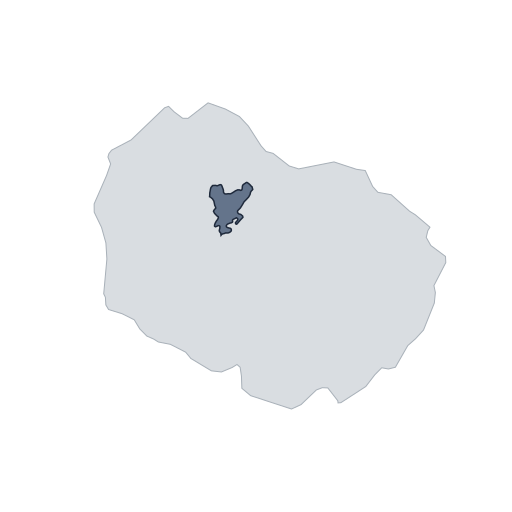 Negotino on a map of North Macedonia (orthographic projection), rotated 223°
{"feature_id": "MKD-2946", "entity_name": "Negotino", "entity_type": "Statistical Region", "adm_level": 1, "iso_a3": "MKD", "parent_name": "North Macedonia", "parent_adm1": "", "projection": "orthographic", "projection_center": [22.1, 41.501], "detail": "fine", "context": "in_parent", "style": "filled", "palette": "slate", "viewbox_px": 512, "rotation_deg": 223, "n_neighbors": 0, "source": "natural_earth", "source_scale": "10m", "svg_char_len": 2956}
<svg xmlns="http://www.w3.org/2000/svg" viewBox="0 0 512 512"><g transform="rotate(223 256 256)"><path d="M234.1,136.7L241.8,137.7L258.4,133.0L268.8,126.5L274.1,125.5L281.2,123.0L291.2,123.4L301.5,126.3L314.5,122.5L327.3,116.3L332.4,117.8L338.0,123.1L341.6,124.5L363.0,152.1L374.7,163.2L388.5,171.6L404.2,177.7L409.9,183.7L420.2,213.0L425.1,224.2L431.8,227.4L433.4,230.6L433.8,234.9L426.5,255.7L423.9,302.1L422.0,305.8L414.1,305.6L403.6,306.7L399.6,310.3L395.5,335.3L378.6,342.6L363.2,346.7L350.2,345.8L327.4,340.0L319.9,339.3L313.5,342.7L293.1,344.5L284.2,348.8L263.1,378.0L241.7,387.9L234.4,393.0L218.1,386.4L210.3,385.7L198.9,393.0L174.2,393.5L167.5,394.8L148.4,395.7L147.6,391.7L144.2,385.7L135.3,382.9L117.1,384.9L112.7,380.6L105.7,355.7L99.9,351.6L93.5,343.2L83.0,316.1L82.9,304.2L83.9,294.0L78.2,269.7L82.1,263.7L87.8,260.0L88.1,250.2L86.7,235.4L93.9,206.6L95.8,204.5L97.4,205.9L113.5,208.5L117.7,204.9L120.5,199.2L121.7,178.0L125.7,168.3L164.7,150.2L176.1,149.6L184.8,158.3L191.7,163.8L195.9,163.7L197.4,158.2L202.2,147.6L210.3,141.6L233.9,136.6L234.1,136.7Z" fill="#d9dde1" stroke="#a8b0b8" stroke-width="1"/><path d="M291.9,275.3L292.0,271.9L291.8,268.0L291.8,266.1L292.3,265.7L293.1,265.8L293.8,266.5L293.8,268.6L294.0,270.0L294.5,270.7L295.3,270.7L296.3,270.7L296.6,270.0L297.1,268.7L297.7,267.2L297.7,266.3L297.0,265.5L296.5,265.2L296.3,264.7L296.4,264.2L296.7,263.4L297.6,262.1L298.0,261.1L298.6,259.8L298.6,258.8L298.4,257.9L297.6,257.2L296.9,257.2L295.7,257.6L294.6,258.2L293.6,258.8L292.6,258.8L291.7,258.2L291.2,257.4L291.2,256.4L291.4,255.3L292.0,254.0L293.0,252.9L293.8,252.4L294.6,250.7L295.4,249.6L295.8,248.5L295.7,247.3L296.1,247.6L297.3,248.7L298.6,248.8L300.0,249.3L300.5,250.0L301.5,251.8L302.7,253.1L303.4,253.1L304.0,252.8L304.5,252.2L304.9,251.0L305.6,249.7L306.6,249.5L307.3,250.2L307.8,251.1L308.3,252.4L308.8,254.5L309.0,256.6L309.6,258.3L310.5,259.0L311.6,258.7L313.6,258.8L315.4,258.9L317.6,259.7L318.0,260.9L318.1,263.6L319.1,264.3L320.7,264.9L322.1,265.9L324.2,267.4L326.7,268.1L329.3,268.0L330.4,267.7L331.3,268.9L332.8,270.6L334.0,272.5L335.0,274.0L335.7,275.5L335.7,277.4L335.9,277.8L335.2,278.6L333.7,280.1L332.7,280.6L332.1,281.1L331.7,282.0L331.3,283.0L330.8,283.8L330.3,284.2L329.6,284.3L328.3,283.8L327.4,283.3L326.1,282.7L324.7,281.9L324.1,281.3L323.3,280.5L322.5,280.2L321.2,280.2L320.2,280.9L318.7,282.7L317.3,283.8L316.7,284.9L316.0,287.4L315.5,289.6L314.9,291.0L314.4,292.1L313.7,292.6L312.9,293.3L312.1,293.4L311.6,294.1L311.5,294.7L311.8,295.5L312.7,296.7L313.6,297.8L314.0,298.8L314.0,299.7L313.8,300.7L313.5,301.7L313.3,302.8L312.9,303.6L312.1,303.8L310.8,304.0L308.7,304.0L306.8,303.8L306.0,303.9L305.1,303.3L303.8,302.5L303.7,301.7L303.8,300.5L303.5,299.0L302.3,296.9L301.6,294.1L301.6,290.6L301.7,287.5L301.0,284.6L300.6,282.6L300.2,280.4L300.3,276.6L299.6,275.6L298.2,275.0L297.0,275.2L295.6,276.0L294.4,276.1L292.9,276.1L291.9,275.3Z" fill="#64748b" stroke="#1e293b" stroke-width="1.5"/></g></svg>